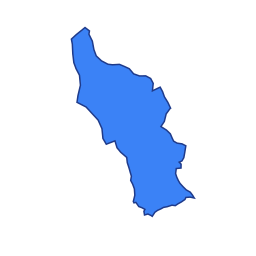 Kannaviou, Paphos, Cyprus (Robinson projection), rotated 117°
{"feature_id": "46923920B99178122157900", "entity_name": "Kannaviou", "entity_type": "district", "adm_level": 2, "iso_a3": "CYP", "parent_name": "Cyprus", "parent_adm1": "Paphos", "projection": "robinson", "projection_center": [32.575, 34.907], "detail": "fine", "context": "isolated", "style": "filled", "palette": "blue", "viewbox_px": 256, "rotation_deg": 117, "n_neighbors": 0, "source": "geoboundaries", "source_scale": "gbopen_adm2", "svg_char_len": 1343}
<svg xmlns="http://www.w3.org/2000/svg" viewBox="0 0 256 256"><g transform="rotate(117 128 128)"><path d="M91.0,99.1L87.1,104.1L83.7,109.7L79.9,113.7L77.0,117.9L83.8,123.1L76.8,125.8L73.6,130.3L73.5,135.8L76.4,141.4L77.2,147.6L74.6,153.8L74.8,159.0L75.2,164.5L78.7,170.5L80.3,174.8L80.2,182.2L78.2,189.0L73.6,194.0L66.8,199.2L62.2,205.4L59.0,206.4L58.0,211.9L68.3,216.5L74.5,218.8L78.5,215.7L86.9,210.9L94.4,205.9L97.8,202.2L98.6,201.4L103.0,195.2L111.5,189.8L121.8,187.3L128.3,185.1L128.3,176.3L128.3,174.9L131.2,167.1L134.5,158.2L140.4,150.9L148.7,145.6L152.3,140.0L145.4,133.8L150.6,128.8L152.9,123.5L154.8,115.8L159.2,112.9L163.4,108.7L167.3,105.1L169.4,103.1L173.5,101.8L175.8,98.5L179.3,94.7L184.8,91.4L191.1,89.9L192.0,88.7L190.7,87.2L193.1,82.7L192.7,79.5L192.8,76.0L195.0,76.0L198.0,73.8L195.6,71.2L195.5,67.6L195.7,66.3L190.9,65.8L188.0,64.3L185.0,61.9L182.6,60.3L180.3,57.3L176.8,53.8L175.7,50.6L173.1,49.2L169.7,46.9L165.8,44.8L163.6,44.9L161.4,41.3L160.3,37.2L159.9,37.9L158.6,39.9L156.9,43.4L156.7,48.0L155.3,52.4L153.7,56.6L151.9,59.4L149.6,62.3L147.0,64.9L142.2,66.6L139.6,62.6L136.1,64.3L135.2,66.9L132.9,65.0L129.1,64.8L124.4,66.2L117.6,68.4L117.6,72.7L119.2,77.4L119.0,81.4L117.0,84.0L114.0,87.6L112.4,92.8L111.8,99.3L105.7,98.6L98.1,100.4L91.2,99.3L91.0,99.1Z" fill="#3b82f6" stroke="#1e3a8a" stroke-width="1.5"/></g></svg>